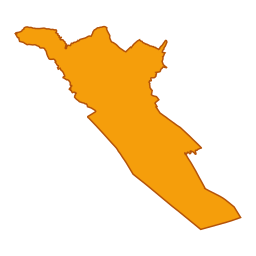 Vadu Sapat, Prahova, Romania (Robinson projection)
{"feature_id": "2599482B9127091814078", "entity_name": "Vadu Sapat", "entity_type": "district", "adm_level": 2, "iso_a3": "ROU", "parent_name": "Romania", "parent_adm1": "Prahova", "projection": "robinson", "projection_center": [26.374, 45.031], "detail": "fine", "context": "isolated", "style": "filled", "palette": "amber", "viewbox_px": 256, "rotation_deg": 0, "n_neighbors": 0, "source": "geoboundaries", "source_scale": "gbopen_adm2", "svg_char_len": 5401}
<svg xmlns="http://www.w3.org/2000/svg" viewBox="0 0 256 256"><path d="M200.7,229.4L226.6,222.2L231.5,220.7L240.6,217.5L234.1,206.9L225.5,199.9L223.1,198.2L220.1,196.4L208.7,190.6L204.7,188.4L204.9,188.0L200.4,179.7L199.3,177.8L195.7,171.0L190.9,162.7L187.8,157.9L186.1,154.8L185.5,154.5L184.8,153.3L184.9,153.0L186.5,153.9L186.8,153.7L187.0,153.5L187.1,153.0L187.4,152.3L187.6,152.2L187.9,152.2L188.7,152.6L189.5,153.6L190.0,153.7L190.6,153.3L191.1,152.2L190.2,151.5L190.2,151.3L190.3,151.1L190.6,151.1L191.2,151.1L192.7,151.7L194.0,152.6L195.1,154.0L195.5,154.2L196.0,153.9L195.6,152.4L195.4,151.1L195.4,150.7L195.5,150.4L195.8,150.3L196.4,150.3L197.1,150.2L197.6,149.5L200.2,148.3L201.3,148.0L201.3,147.8L197.7,144.1L193.1,139.7L189.4,136.0L180.4,127.6L176.9,125.3L168.1,118.9L166.1,117.3L163.6,115.6L160.0,113.0L156.0,107.0L157.0,106.6L155.0,103.1L156.0,102.0L158.5,100.0L158.6,99.8L158.8,99.7L157.2,97.5L156.3,96.6L153.8,96.0L152.7,95.6L151.4,94.7L152.2,90.4L151.9,90.3L151.4,89.7L150.9,89.4L150.8,88.6L150.2,88.0L150.0,87.7L149.9,87.3L149.9,86.3L149.6,84.4L149.6,84.1L149.8,83.7L149.8,83.4L149.2,82.6L149.0,82.2L149.7,80.8L150.0,80.9L150.9,80.9L151.2,80.6L151.3,80.1L150.9,79.4L150.8,78.7L150.8,78.3L151.1,77.9L151.6,77.8L153.2,77.8L154.2,77.7L155.0,77.2L155.8,76.3L156.1,75.8L155.7,75.0L156.4,74.1L156.4,73.4L156.6,72.8L156.1,72.4L158.7,72.0L159.8,71.7L160.5,70.8L160.6,69.8L160.8,69.4L161.0,69.2L162.1,68.3L162.4,67.8L163.1,67.0L166.4,67.7L166.6,67.4L164.6,65.9L163.3,64.6L162.1,61.5L162.9,59.1L163.0,57.4L162.7,56.7L163.4,56.3L164.4,53.7L165.0,52.9L163.4,52.5L162.4,52.4L162.4,51.4L162.7,50.4L163.9,49.1L164.0,47.8L165.3,46.0L166.9,42.1L166.6,41.0L166.3,40.6L165.8,40.4L165.5,40.6L165.2,40.8L164.0,42.7L163.5,43.1L163.2,43.8L162.1,45.4L161.0,46.3L160.0,47.5L159.6,48.7L159.0,49.2L158.5,49.4L158.2,48.9L157.4,48.7L156.0,48.1L155.8,47.6L155.7,47.5L154.1,47.2L153.8,47.1L153.5,46.6L152.5,46.6L151.3,46.1L149.8,45.9L149.4,45.6L148.8,45.1L147.4,44.6L147.0,44.2L146.2,44.2L145.9,43.9L145.4,44.0L145.0,43.5L142.8,42.5L142.4,42.0L142.1,41.4L140.7,41.0L140.3,40.6L139.7,40.3L139.6,39.8L137.4,41.0L134.1,43.9L133.2,44.9L133.2,45.2L132.8,45.4L132.2,46.3L131.3,47.6L130.6,47.1L126.8,50.8L125.9,51.8L124.0,51.0L122.7,50.0L120.4,48.5L119.0,47.4L116.9,45.2L116.0,44.4L113.3,42.6L111.7,42.0L111.3,41.5L111.0,41.1L110.8,40.5L110.5,39.8L109.7,38.0L109.7,37.2L109.8,35.6L107.4,31.1L106.6,29.1L106.6,28.7L106.9,27.9L106.5,27.5L104.8,26.6L103.4,26.6L101.5,27.2L100.1,27.3L98.9,27.8L97.9,27.8L97.4,27.9L95.6,29.3L94.3,30.0L93.0,31.9L92.9,32.2L92.6,33.4L91.2,36.1L91.1,36.3L89.5,36.0L88.3,36.3L85.5,37.9L79.9,39.5L79.6,40.0L78.8,40.8L78.5,40.8L78.2,40.5L78.0,40.4L77.7,41.2L77.1,41.3L75.5,42.3L74.3,42.3L73.5,42.6L73.2,42.9L73.0,43.4L72.9,43.5L71.9,43.3L71.4,43.3L70.9,44.3L70.7,44.7L70.6,45.5L70.4,45.6L70.1,45.6L68.9,45.3L67.9,45.3L67.3,45.7L67.1,46.4L67.0,46.5L66.5,46.5L66.2,46.8L66.1,47.0L66.1,47.3L66.5,47.7L66.5,47.9L66.5,48.2L66.3,48.5L66.0,48.6L65.6,48.6L65.3,48.4L65.3,47.6L65.3,47.3L65.8,46.2L65.8,45.3L66.4,44.6L66.4,44.4L66.3,44.1L65.4,43.5L65.2,43.2L64.9,41.9L63.6,40.9L63.1,40.0L62.1,39.7L60.7,39.8L60.4,39.6L60.1,38.9L60.2,38.6L60.4,38.2L61.2,37.8L61.3,37.5L61.3,37.4L59.7,37.5L59.2,37.4L59.2,37.1L59.4,36.2L59.2,35.8L58.4,35.5L57.7,34.8L57.6,34.5L58.0,34.0L57.9,33.8L55.8,32.7L56.4,31.8L56.6,31.1L56.5,30.5L56.2,30.0L56.0,29.9L54.3,29.9L52.9,29.4L51.1,29.5L50.5,29.4L49.0,28.9L46.3,28.9L45.6,28.5L44.9,28.4L44.1,28.1L39.3,28.6L35.2,28.5L35.0,28.3L34.2,28.2L32.9,28.2L32.4,27.9L31.4,27.5L30.7,27.4L29.5,27.5L27.1,26.9L25.4,27.2L24.3,27.8L23.9,28.3L23.9,29.0L23.4,29.2L22.8,29.8L22.2,30.1L21.9,30.8L21.4,31.3L19.2,32.2L16.2,32.7L16.7,33.6L15.4,33.7L17.6,37.6L18.6,37.7L18.9,38.2L19.0,39.4L19.5,40.8L19.6,41.4L23.5,42.4L23.8,42.6L24.5,43.2L25.5,43.7L26.9,44.6L27.2,44.7L28.9,44.4L32.8,44.9L35.0,44.7L35.8,45.0L36.6,45.5L38.0,46.0L39.0,46.5L39.3,46.7L39.7,47.5L40.1,47.8L40.8,48.0L42.7,47.9L43.6,48.1L44.1,48.3L44.6,48.8L45.5,50.4L46.2,51.3L46.8,53.9L47.5,55.7L47.8,56.5L48.5,57.6L48.7,58.3L49.2,58.9L49.7,59.2L50.4,59.3L52.0,59.3L53.3,59.1L53.8,59.2L54.6,59.7L55.2,60.7L55.4,60.6L55.8,61.5L55.2,62.1L55.3,62.2L55.7,62.8L56.2,63.4L56.7,64.3L56.8,64.7L57.2,65.0L57.8,65.6L58.3,65.7L58.3,67.4L57.6,67.7L58.3,69.2L60.2,68.3L60.8,69.9L62.2,71.1L63.4,72.7L63.8,73.9L64.5,75.3L64.7,76.2L63.4,76.9L63.1,77.3L63.1,77.7L63.8,77.9L64.4,78.5L65.2,78.7L65.8,79.3L66.2,79.4L66.6,79.8L67.2,79.7L67.7,79.7L68.3,80.3L68.9,80.6L69.1,80.9L69.5,81.7L70.0,82.1L70.3,82.7L70.4,83.1L70.2,83.6L70.2,84.8L70.5,85.4L71.0,85.3L71.6,85.5L71.6,86.2L71.0,86.7L71.0,87.0L70.6,87.4L70.4,88.0L70.2,88.0L69.9,88.1L69.7,88.4L70.4,88.6L69.9,89.2L69.6,89.1L69.4,89.5L69.6,89.6L70.4,89.6L70.6,90.4L71.2,90.4L71.7,91.6L72.2,92.5L72.6,92.7L73.2,92.4L73.7,92.2L74.5,92.2L75.5,92.6L75.6,92.8L75.9,92.9L76.1,93.2L75.4,93.6L75.3,93.9L75.5,94.6L75.5,94.9L74.7,95.9L74.6,97.2L74.9,97.4L75.0,97.7L76.4,99.2L78.3,100.6L79.4,101.7L81.2,102.3L81.9,102.6L84.1,103.1L84.9,103.7L85.4,103.9L86.4,103.9L86.6,104.1L87.0,104.8L87.4,105.9L87.5,106.7L91.3,108.0L95.0,110.3L95.5,110.9L95.7,111.4L95.3,111.9L91.6,114.2L87.8,116.5L87.8,117.2L88.1,117.6L88.6,117.9L95.8,125.4L104.0,134.3L111.5,142.7L112.9,144.2L116.2,147.8L117.6,149.8L118.4,151.3L119.9,153.2L120.9,154.7L122.1,156.6L122.5,157.1L122.5,157.3L123.6,158.8L126.1,162.5L133.1,174.2L147.4,185.6L172.0,206.1L176.8,209.9L177.5,210.4L200.7,229.4Z" fill="#f59e0b" stroke="#b45309" stroke-width="1.5"/></svg>